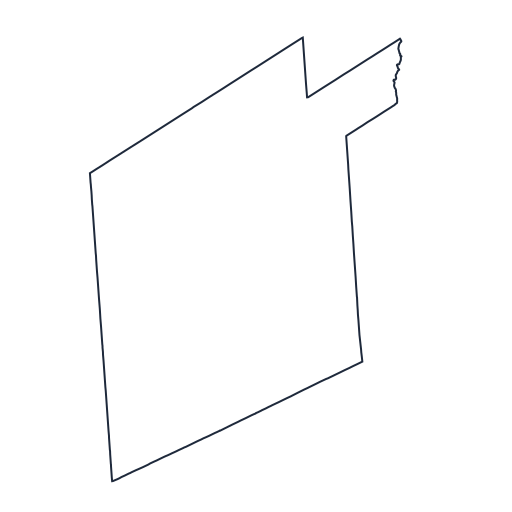 Nong Suea, Pathum Thani, Thailand, rotated 356°
{"feature_id": "78962969B25224314923642", "entity_name": "Nong Suea", "entity_type": "district", "adm_level": 2, "iso_a3": "THA", "parent_name": "Thailand", "parent_adm1": "Pathum Thani", "projection": "robinson", "projection_center": [100.833, 14.16], "detail": "fine", "context": "isolated", "style": "outline", "palette": "slate", "viewbox_px": 512, "rotation_deg": 356, "n_neighbors": 0, "source": "geoboundaries", "source_scale": "gbopen_adm2", "svg_char_len": 5572}
<svg xmlns="http://www.w3.org/2000/svg" viewBox="0 0 512 512"><g transform="rotate(356 256 256)"><path d="M414.7,49.3L413.5,50.0L408.6,52.7L405.0,54.6L401.4,56.6L396.8,59.1L391.0,62.2L386.1,64.9L380.8,67.7L362.7,77.6L356.2,81.0L347.4,85.9L335.5,92.3L319.2,101.2L318.9,101.3L318.0,101.3L318.0,97.4L317.9,87.5L317.9,75.8L317.9,63.5L317.9,56.8L317.9,41.4L316.7,41.9L314.5,43.1L308.2,46.5L296.8,52.7L291.7,55.5L281.8,60.9L270.1,67.3L263.9,70.6L248.9,78.8L242.1,82.5L235.4,86.2L229.3,89.5L226.5,91.0L224.2,92.2L222.8,93.0L221.8,93.5L217.8,95.7L212.6,98.6L208.0,101.0L204.1,103.0L203.5,103.4L202.3,104.2L193.0,109.2L152.6,131.2L146.7,134.4L139.2,138.4L132.2,142.2L116.8,150.5L109.3,154.7L102.9,158.1L99.1,160.2L96.1,161.8L96.1,163.6L96.1,166.4L96.1,168.5L96.1,171.1L96.2,173.3L96.2,176.1L96.3,179.8L96.3,184.2L96.2,187.8L96.2,193.3L96.3,194.9L96.3,196.0L96.3,198.5L96.3,201.6L96.3,207.2L96.3,208.8L96.3,217.6L96.3,220.7L96.3,223.9L96.3,232.0L96.3,237.8L96.3,242.0L96.4,244.5L96.3,248.9L96.3,255.3L96.3,258.8L96.3,260.7L96.4,266.8L96.4,270.0L96.4,274.4L96.4,278.1L96.4,287.6L96.5,297.2L96.5,299.3L96.4,307.6L96.5,315.6L96.5,323.8L96.5,326.0L96.5,327.8L96.5,329.6L96.5,333.3L96.6,335.0L96.5,336.8L96.6,340.4L96.6,341.5L96.5,343.6L96.6,350.2L96.6,353.8L96.6,356.7L96.6,358.8L96.6,360.7L96.6,365.1L96.6,368.1L96.6,370.2L96.6,371.5L96.6,372.6L96.6,373.8L96.6,375.2L96.6,376.3L96.7,379.8L96.7,381.3L96.7,382.7L96.7,384.4L96.7,385.7L96.7,387.1L96.7,389.2L96.7,391.4L96.7,393.4L96.7,395.6L96.7,398.1L96.7,399.8L96.7,402.7L96.7,404.6L96.7,405.5L96.7,406.4L96.7,408.5L96.7,410.1L96.7,411.0L96.7,412.5L96.7,414.4L96.7,416.9L96.7,418.3L96.7,420.3L96.8,425.3L96.7,426.7L96.7,428.4L96.7,431.3L96.7,436.3L96.7,438.0L96.7,439.3L96.8,440.1L96.8,440.8L96.7,443.6L96.7,448.7L96.7,451.2L96.7,453.4L96.8,454.3L96.7,455.2L96.7,458.7L96.7,460.2L96.7,461.6L96.7,463.7L96.7,464.8L96.7,466.3L96.7,467.2L96.8,470.6L97.7,470.5L98.3,470.3L99.4,469.9L102.1,469.0L104.4,468.1L106.4,467.1L109.7,465.9L113.8,464.2L114.7,463.9L115.4,463.7L116.0,463.4L116.4,463.2L116.6,463.1L122.1,461.0L122.5,460.9L127.2,459.2L128.3,458.8L133.9,456.6L135.3,455.9L135.8,455.6L140.5,453.8L142.5,453.1L147.4,451.1L150.4,449.9L152.3,449.2L153.6,448.8L156.5,447.7L158.7,446.8L160.1,446.3L163.0,445.2L165.4,444.2L167.8,443.3L169.9,442.5L171.0,442.0L172.7,441.5L179.6,438.7L183.5,437.1L186.6,435.9L188.3,435.3L189.2,434.9L189.7,434.7L190.8,434.2L192.9,433.5L196.7,432.1L200.1,430.7L202.1,429.9L203.1,429.5L204.3,429.1L207.6,427.8L207.7,427.7L207.9,427.8L220.9,422.4L226.5,420.2L229.3,419.0L234.5,417.0L240.3,414.6L242.7,413.7L244.6,413.1L244.8,412.8L245.2,412.6L246.8,412.1L249.0,411.2L250.7,410.5L251.0,410.3L255.0,408.8L258.2,407.4L260.1,406.7L261.9,405.9L268.9,403.2L272.8,401.6L277.3,399.8L281.0,398.4L282.1,397.9L288.2,395.3L294.7,392.6L298.4,391.2L299.3,390.8L307.9,387.3L311.0,386.0L317.5,383.5L319.0,383.1L321.2,382.2L324.0,381.1L327.2,379.8L331.2,378.2L336.6,376.0L341.6,374.1L343.2,373.4L345.9,372.3L349.0,371.1L354.7,368.8L354.6,365.6L354.5,363.2L354.3,359.5L354.3,356.6L354.1,351.8L353.7,342.1L353.7,338.1L353.7,333.2L353.7,327.4L353.6,321.6L353.7,317.1L353.7,312.4L353.9,304.2L353.8,303.7L353.8,298.8L353.8,293.6L353.9,283.9L353.9,273.8L353.9,263.6L353.9,259.9L354.0,251.3L354.0,242.5L354.1,233.3L354.0,228.2L354.1,218.6L354.1,218.0L354.1,212.8L354.1,207.3L354.2,195.7L354.2,193.1L354.2,189.4L354.2,182.7L354.2,176.0L354.3,171.3L354.3,165.0L354.3,163.7L354.3,159.7L354.3,158.4L354.3,155.8L354.3,154.4L354.3,152.7L354.3,148.0L354.3,145.4L354.3,142.9L354.4,142.6L354.5,142.4L355.1,142.1L357.1,141.0L361.7,138.5L365.2,136.6L367.1,135.5L368.1,135.0L371.3,133.3L375.1,131.1L376.5,130.3L378.4,129.3L382.1,127.4L386.2,125.2L390.7,122.7L393.9,120.9L395.4,120.1L401.0,117.1L402.9,116.0L404.1,115.4L404.8,115.0L404.9,114.9L405.4,114.4L405.7,114.2L405.9,114.0L407.1,113.4L407.2,113.0L407.3,112.9L407.6,112.1L407.6,111.8L407.6,111.0L407.8,108.6L407.6,107.5L407.4,106.7L407.4,106.4L407.4,106.2L407.2,105.5L407.1,104.9L407.2,103.6L407.2,102.8L407.0,101.5L407.1,101.4L407.1,101.2L407.2,100.9L407.2,100.5L407.0,99.5L406.9,99.3L406.8,98.9L406.3,98.2L406.2,98.1L406.1,97.8L406.0,97.4L405.7,96.3L405.6,95.8L405.7,95.1L405.8,94.6L406.0,93.9L406.2,93.2L406.3,92.9L406.3,92.5L406.2,92.2L405.6,91.3L405.5,91.2L405.4,90.8L405.4,90.5L405.5,90.2L405.8,89.8L406.0,89.7L406.3,89.7L406.5,89.8L407.1,89.9L407.3,89.8L407.5,89.6L408.0,89.1L408.1,88.9L408.2,88.6L408.2,88.2L408.2,87.7L408.1,87.3L408.0,86.7L408.0,86.4L408.0,86.0L408.0,85.4L408.1,85.1L408.2,84.9L408.8,84.1L409.2,83.6L409.4,83.3L409.7,82.4L410.1,81.8L410.3,81.5L410.4,81.3L410.7,81.0L411.0,80.8L411.2,80.6L411.7,80.3L411.8,80.2L411.7,79.8L410.9,78.8L410.8,78.6L410.6,78.0L410.5,77.2L410.3,76.6L410.0,76.0L409.9,75.7L409.9,75.3L410.0,75.1L410.4,74.8L410.6,74.7L410.9,74.8L411.3,74.8L411.8,74.7L412.0,74.7L412.3,74.5L412.4,74.4L412.5,74.2L412.6,73.8L413.2,72.5L413.7,71.6L414.0,71.1L414.0,70.8L414.3,69.8L414.3,69.6L414.3,68.6L414.3,68.2L414.4,67.8L414.9,67.2L415.0,67.1L415.0,66.9L414.8,66.7L414.4,66.7L414.2,66.6L414.0,66.4L413.8,66.1L413.8,65.8L413.8,65.6L413.9,65.4L414.0,65.3L414.0,65.2L414.0,64.7L413.9,64.4L413.8,64.2L413.7,64.1L413.5,63.9L413.4,63.9L413.3,63.7L413.3,63.3L413.1,62.5L413.1,62.2L412.9,61.3L412.8,60.7L412.7,60.2L412.6,59.9L412.5,59.5L412.5,58.8L412.6,58.5L412.7,58.1L413.0,56.8L413.3,55.9L413.4,55.5L413.6,54.8L413.7,54.7L413.8,54.5L413.9,54.4L414.7,53.2L415.1,52.9L415.5,52.6L415.7,52.4L415.9,52.2L415.9,51.7L415.8,51.3L415.5,50.8L415.5,50.7L415.4,50.6L415.2,50.0L415.1,49.8L415.0,49.6L414.8,49.5L414.7,49.3Z" fill="none" stroke="#1e293b" stroke-width="2"/></g></svg>